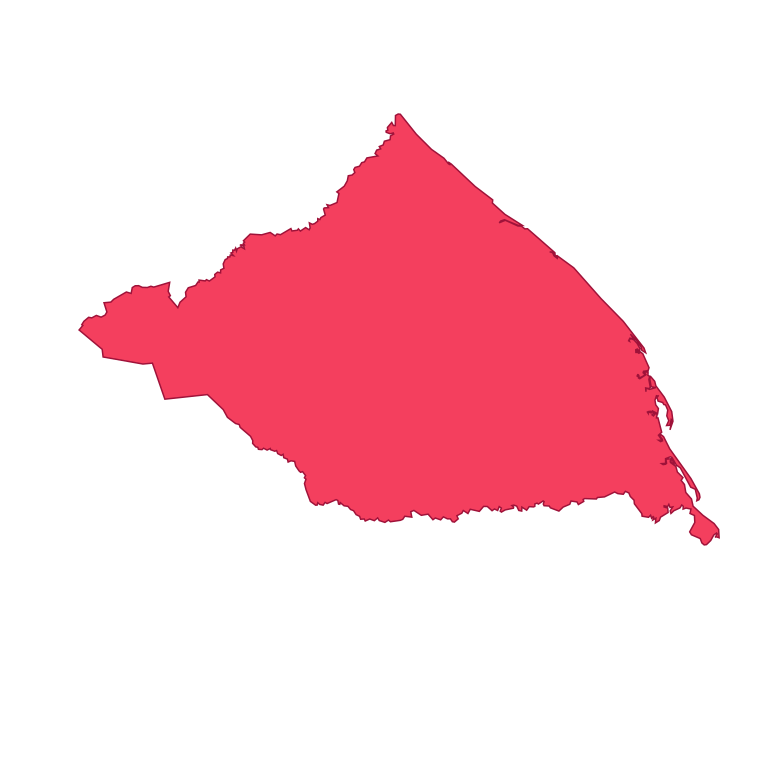 the district of Antón, Coclé, Panama, rotated 252°
{"feature_id": "35544464B51577894822537", "entity_name": "Antón", "entity_type": "district", "adm_level": 2, "iso_a3": "PAN", "parent_name": "Panama", "parent_adm1": "Coclé", "projection": "mercator", "projection_center": [-80.226, 8.473], "detail": "fine", "context": "isolated", "style": "filled", "palette": "rose", "viewbox_px": 768, "rotation_deg": 252, "n_neighbors": 0, "source": "geoboundaries", "source_scale": "gbopen_adm2", "svg_char_len": 6172}
<svg xmlns="http://www.w3.org/2000/svg" viewBox="0 0 768 768"><g transform="rotate(252 384 384)"><path d="M145.6,629.8L139.3,637.0L134.6,637.2L132.0,638.8L131.6,641.1L134.2,646.4L138.5,651.0L139.5,654.3L138.4,654.6L135.8,651.5L136.1,652.7L134.2,655.2L142.2,657.3L149.3,654.8L160.6,646.7L172.3,640.2L179.6,640.9L187.6,637.5L195.6,638.7L200.5,636.8L202.6,639.4L209.6,635.8L215.4,636.1L220.8,632.2L222.3,632.4L224.1,634.3L225.3,628.9L221.2,628.2L220.7,626.9L221.1,624.5L222.5,623.4L221.5,627.3L226.0,628.7L226.3,633.8L225.1,635.2L216.6,637.0L212.6,639.9L191.1,643.8L187.7,647.5L178.7,646.7L176.3,645.4L176.6,647.7L178.6,649.5L182.1,650.0L199.2,646.7L234.0,635.7L247.6,633.6L250.8,631.4L248.9,630.4L245.4,631.6L243.9,631.3L243.7,629.3L245.6,627.8L244.5,631.0L250.5,629.2L252.3,633.2L267.1,634.1L267.6,632.7L270.5,634.3L272.2,633.2L270.4,630.4L271.8,629.4L273.0,631.9L274.6,631.2L273.9,629.3L275.8,626.6L274.5,626.2L275.9,625.8L276.1,626.9L275.7,629.0L274.4,629.8L275.5,630.9L271.3,635.1L275.9,637.4L280.2,636.0L284.9,636.7L289.2,639.9L287.0,639.1L288.4,641.7L286.6,639.4L283.0,639.4L280.3,643.3L278.0,643.8L277.1,645.3L271.5,645.8L266.3,643.1L261.1,643.5L257.2,639.9L256.4,643.1L261.6,646.2L260.6,646.7L252.0,641.8L259.3,647.3L268.8,649.1L284.9,646.5L298.2,642.0L302.9,642.3L308.5,640.0L306.8,638.4L298.8,637.2L296.6,641.4L296.8,634.9L299.1,632.0L295.7,630.7L299.4,631.6L297.8,634.6L298.5,636.2L306.4,637.3L309.2,639.1L310.6,637.7L313.7,638.8L315.2,635.2L311.9,636.0L310.0,628.9L311.1,627.9L313.7,628.6L312.9,626.8L314.4,628.1L313.4,629.0L310.8,628.5L311.3,632.5L312.4,635.3L314.6,633.9L315.9,634.8L315.1,639.3L317.6,641.1L332.7,639.5L335.1,637.9L334.5,636.2L335.0,635.5L338.4,635.5L338.3,634.4L335.8,634.4L336.2,633.3L338.8,634.0L339.0,635.7L337.4,636.7L335.1,636.0L335.5,637.0L338.6,638.4L344.4,637.3L348.8,635.3L350.9,632.7L350.2,630.7L348.7,630.7L349.5,630.0L351.6,632.0L349.7,635.4L355.3,633.8L347.0,637.9L339.5,640.0L336.4,639.6L332.9,642.5L337.8,642.4L369.7,630.9L398.1,616.8L435.8,600.4L452.6,588.3L452.8,586.3L451.2,588.2L450.0,587.6L452.9,585.6L456.9,584.8L458.5,582.4L457.4,585.1L453.7,586.6L456.1,587.1L487.3,568.5L488.0,565.9L491.7,563.4L492.9,560.2L502.2,550.0L501.7,543.4L503.0,545.4L503.0,549.4L493.5,560.5L492.1,564.6L508.0,551.4L522.6,543.0L525.5,544.3L543.7,531.7L572.3,516.0L575.4,513.6L571.8,515.0L573.4,513.4L580.2,510.8L592.4,501.7L611.6,491.9L635.5,482.9L636.4,480.9L635.8,477.9L626.3,474.6L626.9,472.8L630.4,472.2L626.9,466.5L624.1,466.0L624.0,464.1L622.7,463.9L620.1,467.2L619.9,470.4L618.7,470.5L618.0,466.9L614.5,465.3L614.8,459.4L611.6,457.1L611.3,452.9L608.7,453.5L608.7,449.3L605.9,446.7L602.8,448.6L604.3,437.6L601.3,434.1L601.4,431.2L598.7,428.0L598.9,423.4L597.3,421.5L594.1,421.6L592.6,418.2L593.1,414.4L588.6,411.9L584.4,407.3L581.3,398.5L579.1,400.0L571.1,395.4L570.5,387.8L572.1,385.2L568.9,385.7L569.9,381.6L569.1,380.6L562.8,380.3L561.8,375.4L560.2,373.8L561.7,372.1L559.3,371.3L558.0,367.5L558.0,365.2L560.3,362.8L555.3,362.0L553.8,360.5L557.0,357.8L555.3,351.7L558.0,350.5L557.0,349.1L558.0,343.7L560.6,343.5L558.0,331.7L559.7,328.6L558.5,326.3L563.3,322.6L563.7,313.7L567.9,303.1L563.7,294.6L562.0,295.3L561.3,293.7L559.5,294.2L560.8,289.9L558.3,293.3L555.7,293.0L558.7,290.3L557.9,286.2L556.0,284.8L559.1,284.9L557.4,283.2L558.1,281.6L556.0,280.9L555.9,278.9L552.6,280.5L554.2,277.7L552.5,276.7L553.2,274.6L551.7,273.9L551.4,271.4L547.9,268.2L543.5,267.5L543.0,263.9L540.2,262.9L541.8,260.3L540.5,256.9L538.1,256.4L535.9,249.7L538.1,247.4L537.3,245.8L540.0,240.2L538.1,239.7L538.5,238.6L535.9,235.3L536.0,227.6L532.6,223.6L528.1,222.7L524.8,215.3L520.3,211.5L533.3,206.2L534.0,208.1L538.8,207.4L546.9,211.6L547.3,195.0L549.0,192.5L548.9,188.8L550.6,184.0L553.3,181.1L554.3,177.7L553.5,174.4L548.3,171.5L551.1,167.4L548.1,153.1L546.3,149.5L547.8,142.8L538.1,142.7L535.7,140.0L535.0,135.6L538.1,131.6L537.2,126.5L538.7,123.7L536.4,118.0L533.8,114.9L532.8,115.7L529.6,110.7L504.1,126.7L496.5,125.2L477.5,160.9L475.4,170.2L437.3,170.9L428.5,212.8L409.3,223.2L400.7,224.8L392.3,230.6L390.2,233.8L387.2,233.8L375.5,240.9L370.7,241.7L368.1,240.7L363.8,242.6L362.8,244.4L360.7,244.4L359.3,247.7L360.1,249.6L357.3,252.4L357.8,255.9L356.6,255.8L353.8,259.4L353.9,261.3L350.7,261.4L347.8,264.2L348.3,266.3L344.9,265.9L342.4,268.9L339.4,268.7L339.7,271.8L338.0,275.1L333.3,274.7L327.5,276.4L325.8,277.4L325.8,279.5L321.1,281.1L319.4,279.3L317.6,280.4L313.9,277.6L307.7,277.2L295.1,277.7L289.9,281.5L289.5,283.0L291.6,284.3L289.3,285.7L287.6,288.7L289.6,291.4L287.9,292.9L288.8,302.7L287.5,304.1L283.8,303.7L283.2,304.8L284.8,305.7L280.5,308.4L278.8,311.9L275.0,313.4L272.9,315.9L268.4,317.1L265.7,319.9L262.6,320.0L261.7,323.5L259.5,323.8L260.0,328.7L257.0,332.6L258.6,336.6L255.6,337.3L252.1,342.1L253.2,346.2L251.0,347.6L249.3,357.4L249.5,360.0L251.8,362.9L248.8,369.3L254.3,370.0L254.5,373.4L247.6,378.9L246.6,385.7L239.8,388.6L240.7,391.4L237.3,395.9L239.3,399.4L236.2,402.6L235.2,405.5L231.9,406.5L230.9,408.3L232.8,412.9L236.2,412.6L237.1,418.1L239.2,420.3L234.9,423.8L238.2,427.3L233.4,435.3L236.8,440.9L235.6,444.4L230.1,447.6L231.0,450.4L228.6,453.0L231.8,455.7L229.7,457.3L227.2,455.2L225.9,456.1L226.8,460.4L225.9,468.7L227.0,469.3L228.9,468.1L228.7,470.1L226.8,472.5L222.1,473.1L220.6,475.7L224.3,477.1L219.9,480.7L222.5,484.2L220.9,488.2L221.0,489.6L223.3,490.4L223.4,492.7L222.1,493.7L223.6,499.2L222.7,499.9L220.6,498.4L218.8,498.6L216.9,503.4L214.8,504.0L209.1,511.1L211.6,516.4L212.2,523.5L214.9,525.7L212.2,531.1L209.3,531.6L210.6,537.7L212.7,537.7L213.0,539.5L209.0,550.5L210.1,551.9L208.5,558.8L210.0,570.0L207.5,572.5L205.2,577.5L207.3,580.4L204.7,583.2L200.9,583.5L196.2,585.9L192.7,585.1L181.1,589.1L178.5,588.6L175.5,594.4L176.8,597.0L173.6,597.0L174.7,599.0L173.9,599.4L171.6,597.7L172.3,601.1L168.0,599.2L169.1,603.6L171.9,605.8L174.0,614.5L178.3,615.5L180.5,612.4L181.6,612.8L179.8,615.9L181.5,617.7L178.2,617.9L177.9,620.6L174.9,617.0L172.2,616.9L173.9,620.6L174.7,627.2L176.9,629.8L175.2,630.8L172.6,629.8L172.7,632.9L170.2,637.3L166.3,635.0L163.0,638.6L156.3,636.8L148.9,629.0L145.6,629.8ZM222.9,634.8L222.6,633.3L221.0,632.8L217.7,635.1L222.9,634.8Z" fill="#f43f5e" stroke="#9f1239" stroke-width="1.5"/></g></svg>